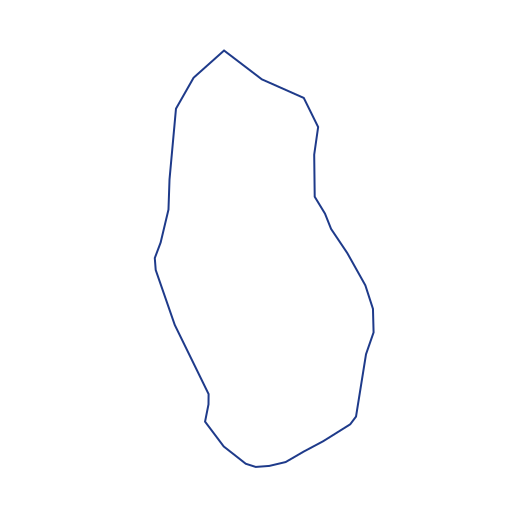 the border of Qatar, rotated 346°
{"feature_id": "QAT", "entity_name": "Qatar", "entity_type": "country or territory", "adm_level": 0, "iso_a3": "QAT", "parent_name": "Asia", "parent_adm1": "", "projection": "albers", "projection_center": [51.193, 25.359], "detail": "fine", "context": "isolated", "style": "outline", "palette": "blue", "viewbox_px": 512, "rotation_deg": 346, "n_neighbors": 0, "source": "natural_earth", "source_scale": "50m", "svg_char_len": 570}
<svg xmlns="http://www.w3.org/2000/svg" viewBox="0 0 512 512"><g transform="rotate(346 256 256)"><path d="M276.3,452.0L255.0,457.3L234.9,463.1L218.1,462.9L204.7,460.6L195.8,455.1L178.6,433.0L166.5,404.4L174.0,388.5L176.6,378.5L160.5,303.2L155.3,245.3L157.3,233.5L166.7,219.9L182.3,189.8L190.6,160.8L214.0,93.7L238.6,67.9L274.7,48.9L304.4,86.0L340.6,114.2L347.5,145.9L337.0,171.7L327.3,212.7L333.2,231.6L335.4,247.9L345.3,275.3L355.0,310.9L356.7,335.6L351.6,358.6L339.0,377.9L314.2,436.0L306.7,442.1L276.3,452.0Z" fill="none" stroke="#1e3a8a" stroke-width="2"/></g></svg>